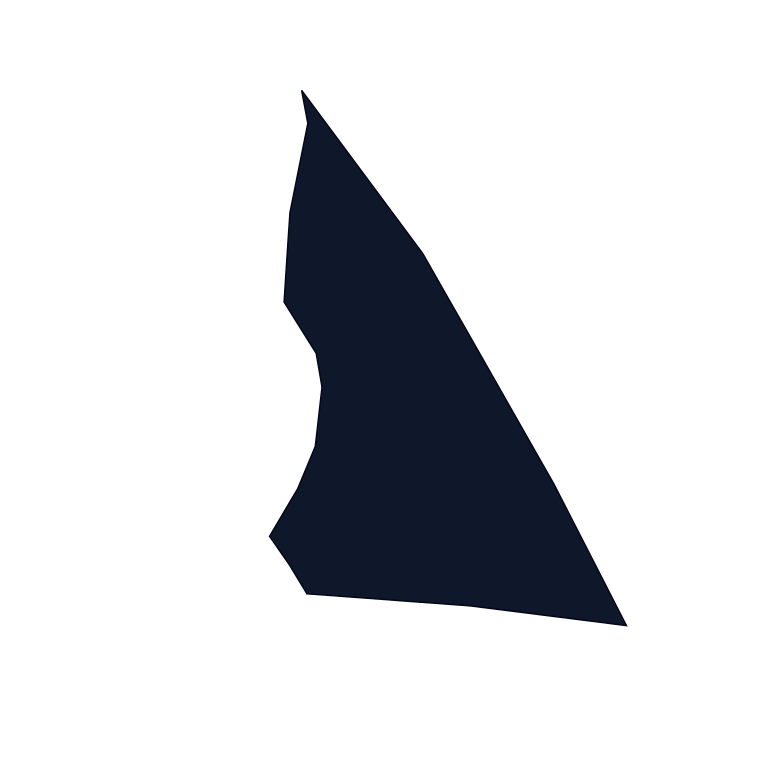 outline of Mershing, Southern Darfur, Sudan, rotated 162°
{"feature_id": "16777658B29151950465280", "entity_name": "Mershing", "entity_type": "district", "adm_level": 2, "iso_a3": "SDN", "parent_name": "Sudan", "parent_adm1": "Southern Darfur", "projection": "natural_earth1", "projection_center": [25.0, 12.506], "detail": "fine", "context": "isolated", "style": "filled", "palette": "ink", "viewbox_px": 768, "rotation_deg": 162, "n_neighbors": 0, "source": "geoboundaries", "source_scale": "gbopen_adm2", "svg_char_len": 444}
<svg xmlns="http://www.w3.org/2000/svg" viewBox="0 0 768 768"><g transform="rotate(162 384 384)"><path d="M228.1,79.3L253.3,236.1L290.0,414.7L297.0,448.3L306.8,496.0L371.6,688.7L375.9,655.4L420.5,576.0L432.0,547.3L453.7,492.8L439.0,434.1L443.9,400.2L468.6,345.9L498.4,311.1L539.9,274.5L529.9,241.5L522.1,208.3L466.5,185.6L421.6,167.2L371.6,146.8L293.1,109.9L264.6,96.5L228.1,79.3Z" fill="#0f172a" stroke="#020617" stroke-width="1.5"/></g></svg>